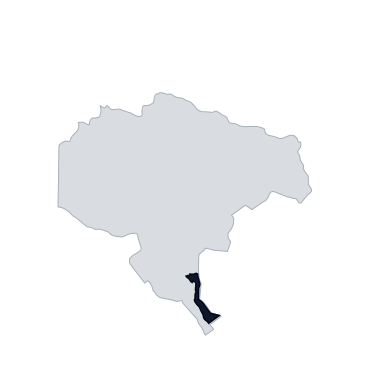 location of Manyo, Upper Nile, South Sudan, rotated 144°
{"feature_id": "79223893B45725284796006", "entity_name": "Manyo", "entity_type": "district", "adm_level": 2, "iso_a3": "SSD", "parent_name": "South Sudan", "parent_adm1": "Upper Nile", "projection": "equal_earth", "projection_center": [32.292, 11.036], "detail": "fine", "context": "in_parent", "style": "filled", "palette": "ink", "viewbox_px": 384, "rotation_deg": 144, "n_neighbors": 0, "source": "geoboundaries", "source_scale": "gbopen_adm2", "svg_char_len": 4623}
<svg xmlns="http://www.w3.org/2000/svg" viewBox="0 0 384 384"><g transform="rotate(144 192 192)"><path d="M281.9,295.0L273.2,306.6L272.6,307.3L271.6,308.2L268.1,308.3L264.5,307.7L261.2,304.7L257.8,307.0L255.7,307.7L254.4,308.0L251.4,308.4L247.2,309.6L245.3,311.2L244.3,312.4L243.4,314.7L243.0,314.9L242.2,314.7L241.1,313.8L238.9,312.4L237.7,309.6L236.7,307.8L235.8,306.9L232.3,309.8L230.5,310.4L229.1,310.4L226.5,308.7L223.7,307.4L222.2,307.4L220.0,309.1L217.5,311.7L216.2,314.2L215.5,315.8L214.7,313.4L213.8,312.0L212.6,311.4L210.2,312.0L209.6,311.2L209.5,309.2L209.2,307.3L208.6,305.9L206.7,304.6L202.0,301.8L198.3,296.2L196.4,293.6L195.1,292.0L193.2,287.6L191.0,284.6L188.4,283.2L186.7,283.9L184.9,287.1L181.5,290.1L179.9,290.2L177.9,288.6L175.4,287.4L171.0,286.9L169.1,288.3L166.7,290.7L164.6,292.0L163.3,292.2L162.2,291.6L160.8,291.3L159.7,291.3L157.3,289.2L156.0,287.6L155.2,286.1L153.8,285.1L152.3,284.3L151.1,282.9L150.6,281.3L149.7,279.1L148.5,277.2L144.9,273.7L143.8,271.7L143.0,269.7L141.5,267.5L140.0,264.6L139.5,260.3L139.4,256.8L139.1,255.2L138.4,253.6L137.6,252.3L136.3,250.7L133.4,248.5L130.3,245.9L128.8,244.4L126.0,243.9L124.4,242.4L123.0,239.2L122.4,236.6L121.0,234.6L120.4,233.1L120.1,231.4L121.2,226.3L119.6,224.5L117.2,222.2L115.4,219.6L114.4,217.2L111.3,214.1L104.5,209.5L100.6,206.5L98.5,203.8L96.6,201.2L96.5,200.2L97.7,197.6L97.9,195.4L96.9,193.0L92.9,188.6L89.7,183.7L87.2,182.2L81.3,180.8L79.6,180.3L77.9,179.3L76.1,177.1L75.5,174.5L76.4,170.4L75.9,169.1L74.9,168.7L75.2,167.9L76.3,165.8L78.1,164.5L83.0,162.5L83.3,161.7L83.4,159.1L83.8,157.8L85.5,154.2L85.8,152.8L85.9,149.7L86.1,148.2L86.6,147.2L88.0,145.4L88.4,144.3L88.7,142.0L88.6,137.3L89.3,135.5L92.4,131.3L93.2,129.4L93.5,127.7L93.5,126.0L93.7,124.3L94.6,122.7L95.4,122.2L97.6,121.6L99.2,122.0L110.0,119.1L111.2,119.5L111.8,121.2L111.7,123.9L111.9,125.2L112.5,126.2L114.2,127.5L115.3,129.6L116.0,130.4L117.7,131.9L125.6,144.4L127.9,145.6L130.1,145.1L134.4,142.5L136.6,141.9L151.9,142.6L153.6,142.2L153.7,142.3L156.0,148.5L157.1,150.0L173.8,150.0L173.5,148.3L173.7,146.3L176.7,142.4L177.1,142.0L179.7,140.2L182.2,138.9L187.0,137.5L188.8,135.3L189.8,133.2L189.9,129.1L190.5,128.5L191.7,127.5L197.3,123.9L198.2,123.1L208.1,131.6L213.6,138.2L214.0,138.6L214.3,138.7L214.6,138.5L214.8,138.2L215.5,137.9L217.9,137.8L222.4,137.4L223.9,136.6L232.9,124.7L235.2,120.9L235.8,120.1L237.1,117.4L238.5,112.8L238.7,112.2L248.6,101.1L249.0,100.2L249.1,99.5L247.6,95.7L247.3,93.8L247.2,90.9L247.5,86.3L247.4,83.5L247.2,82.7L241.7,74.3L255.6,74.2L255.6,73.2L255.6,72.9L255.3,71.9L255.1,70.6L255.1,69.9L255.2,69.2L255.2,68.8L255.2,68.5L255.2,68.4L255.3,68.2L265.3,68.4L265.1,70.7L263.9,76.2L263.9,79.4L263.7,83.2L263.3,84.3L262.8,85.2L262.6,85.6L262.6,86.0L264.7,106.9L264.6,107.8L264.0,109.1L263.9,109.6L263.9,109.9L264.1,110.1L268.7,112.4L268.9,112.5L269.1,112.7L270.8,115.4L279.9,125.3L280.2,125.8L281.1,129.0L281.2,129.4L281.3,130.2L281.2,130.8L281.0,132.6L281.1,133.5L281.3,134.0L281.4,134.7L281.4,134.9L281.3,135.3L279.9,139.0L279.5,141.5L279.4,143.7L279.5,144.9L279.6,145.7L279.7,146.1L279.9,146.2L283.8,146.2L283.8,147.3L284.3,166.3L284.3,168.4L284.2,171.1L283.7,172.1L282.6,173.7L281.2,175.0L277.7,175.4L274.7,175.3L272.6,175.0L269.8,174.9L267.1,175.2L266.1,176.4L262.6,186.5L261.4,189.0L261.2,190.5L261.5,191.3L262.9,192.6L265.9,194.4L269.4,195.4L272.1,195.9L273.8,196.4L275.2,196.9L280.2,201.5L281.8,203.6L282.7,205.5L282.9,207.5L283.6,209.6L288.2,215.9L292.5,218.9L294.1,222.2L295.8,223.9L297.3,225.6L298.1,228.2L300.0,235.9L301.2,239.8L302.5,243.1L303.1,248.4L304.1,250.8L305.2,253.7L306.9,256.3L308.8,258.3L309.1,258.8L290.4,283.6L281.9,295.0Z" fill="#d9dde1" stroke="#a8b0b8" stroke-width="1"/><path d="M246.2,127.5L246.4,126.9L245.4,123.2L245.6,120.0L245.0,118.6L243.8,119.0L243.0,118.8L242.5,117.8L242.5,115.8L246.9,110.6L247.0,109.5L248.0,108.4L248.7,108.2L249.6,107.2L250.0,107.0L252.3,103.9L253.5,103.3L254.1,101.9L254.2,98.5L253.7,94.4L254.5,91.1L255.1,86.6L256.7,82.8L256.5,80.6L255.6,77.9L255.8,76.0L250.1,76.0L242.4,76.1L247.7,82.3L248.0,82.6L248.2,83.1L248.3,83.4L248.4,83.9L248.3,84.4L248.4,85.4L248.4,86.6L248.4,94.9L248.4,95.8L248.4,96.5L248.5,97.1L248.6,97.8L248.7,98.3L248.9,98.7L249.1,99.3L249.3,99.9L249.5,100.4L250.0,101.5L249.7,101.6L249.4,102.0L248.9,102.6L248.1,103.7L245.9,106.6L243.8,109.4L243.7,109.5L243.2,110.1L242.4,110.7L241.5,111.4L240.4,112.2L240.0,112.5L239.8,112.9L239.6,113.2L239.4,113.7L239.2,114.1L239.0,114.8L238.2,116.7L237.6,118.3L237.2,119.4L236.4,121.0L236.0,121.7L235.7,122.4L236.4,123.8L239.4,124.7L241.9,126.8L242.2,125.9L246.2,127.5Z" fill="#0f172a" stroke="#020617" stroke-width="1.5"/></g></svg>